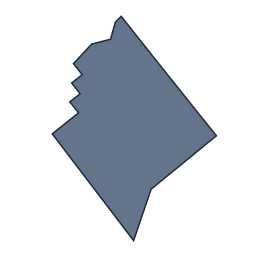 Jennings, Indiana, United States of America, rotated 142°
{"feature_id": "52423323B17963948858786", "entity_name": "Jennings", "entity_type": "district", "adm_level": 2, "iso_a3": "USA", "parent_name": "United States of America", "parent_adm1": "Indiana", "projection": "equal_earth", "projection_center": [-85.64, 39.002], "detail": "fine", "context": "isolated", "style": "filled", "palette": "slate", "viewbox_px": 256, "rotation_deg": 142, "n_neighbors": 0, "source": "geoboundaries", "source_scale": "gbopen_adm2", "svg_char_len": 408}
<svg xmlns="http://www.w3.org/2000/svg" viewBox="0 0 256 256"><g transform="rotate(142 128 128)"><path d="M192.9,35.8L147.4,65.6L103.9,66.5L72.3,67.3L63.1,67.4L63.5,96.1L64.0,143.0L64.3,171.0L64.6,220.2L72.8,219.2L87.1,208.7L104.9,216.5L131.4,212.3L131.3,198.2L144.7,198.2L144.7,184.5L157.8,184.4L157.6,170.4L184.6,170.1L191.3,170.0L192.9,35.8Z" fill="#64748b" stroke="#1e293b" stroke-width="1.5"/></g></svg>